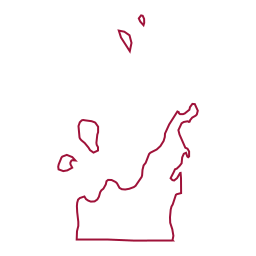 the district of Leelanau, Michigan, United States of America
{"feature_id": "52423323B5500794586231", "entity_name": "Leelanau", "entity_type": "district", "adm_level": 2, "iso_a3": "USA", "parent_name": "United States of America", "parent_adm1": "Michigan", "projection": "mercator", "projection_center": [-85.819, 45.133], "detail": "fine", "context": "isolated", "style": "outline", "palette": "rose", "viewbox_px": 256, "rotation_deg": 0, "n_neighbors": 0, "source": "geoboundaries", "source_scale": "gbopen_adm2", "svg_char_len": 2004}
<svg xmlns="http://www.w3.org/2000/svg" viewBox="0 0 256 256"><path d="M133.9,240.6L172.7,240.5L172.5,240.3L173.4,235.8L172.3,229.3L170.2,222.8L170.0,217.3L170.7,209.6L171.5,206.5L172.7,204.5L175.9,194.8L176.8,194.2L181.1,193.1L181.0,178.2L180.6,172.9L180.1,173.0L177.0,178.2L174.1,180.5L172.4,180.1L170.6,178.2L173.7,172.2L175.0,169.3L176.7,168.7L179.5,166.0L181.6,163.3L182.2,157.4L183.8,153.8L186.0,152.8L187.3,156.5L188.2,157.2L189.1,156.4L189.1,151.5L187.5,148.7L185.3,147.7L179.5,134.5L178.4,130.1L181.6,123.3L183.7,122.0L187.4,121.3L188.2,121.4L188.6,121.9L189.0,121.9L189.4,121.8L189.6,121.7L189.7,121.3L190.0,120.8L190.1,120.2L192.2,117.6L195.6,115.7L196.8,114.5L197.8,110.7L194.8,104.1L192.4,103.9L190.0,107.1L189.4,109.7L184.7,113.5L183.1,114.1L180.0,114.1L179.0,113.3L178.7,112.1L177.4,111.5L169.2,124.4L165.0,133.6L164.8,137.0L163.6,141.0L160.4,146.1L156.7,149.5L150.4,152.7L149.1,154.0L145.7,162.8L143.6,165.4L142.5,169.9L142.1,175.4L141.6,177.0L135.6,185.8L133.8,187.1L129.2,188.8L125.2,189.5L121.8,189.2L119.5,187.9L117.0,183.3L115.6,182.0L111.6,180.0L108.1,179.9L106.5,181.2L105.8,184.4L103.4,188.7L101.4,190.3L100.2,192.2L98.9,196.8L97.3,199.5L94.6,201.4L90.8,201.6L88.2,200.6L86.0,199.1L84.4,196.5L79.9,198.0L78.1,199.6L77.2,202.7L76.9,206.2L77.2,212.2L78.3,221.8L78.3,226.0L77.0,231.2L76.7,239.5L106.9,239.5L133.9,240.6ZM78.5,126.1L79.5,137.3L79.9,138.5L81.3,140.2L84.7,143.0L88.5,147.6L90.0,150.1L93.5,152.6L98.0,150.5L98.0,147.2L96.7,144.8L96.4,142.8L97.3,134.6L98.1,132.2L98.1,126.7L95.3,122.7L94.4,122.2L91.6,121.2L85.6,120.4L83.1,120.0L81.7,120.4L79.8,122.3L78.5,126.1ZM58.2,166.8L58.6,169.4L63.3,171.1L67.3,170.4L72.2,167.7L70.5,164.4L70.3,163.0L70.7,161.9L71.4,160.7L72.2,160.2L75.4,160.5L72.3,157.1L66.8,154.9L62.3,156.6L61.5,157.5L58.7,164.4L58.2,166.8ZM118.8,30.6L121.0,37.5L129.8,51.2L131.5,42.9L129.5,35.3L124.3,31.7L118.8,30.6ZM138.8,18.4L140.2,21.5L143.5,25.2L144.2,22.9L144.1,18.9L142.7,15.8L141.1,15.4L138.8,18.4Z" fill="none" stroke="#9f1239" stroke-width="2"/></svg>